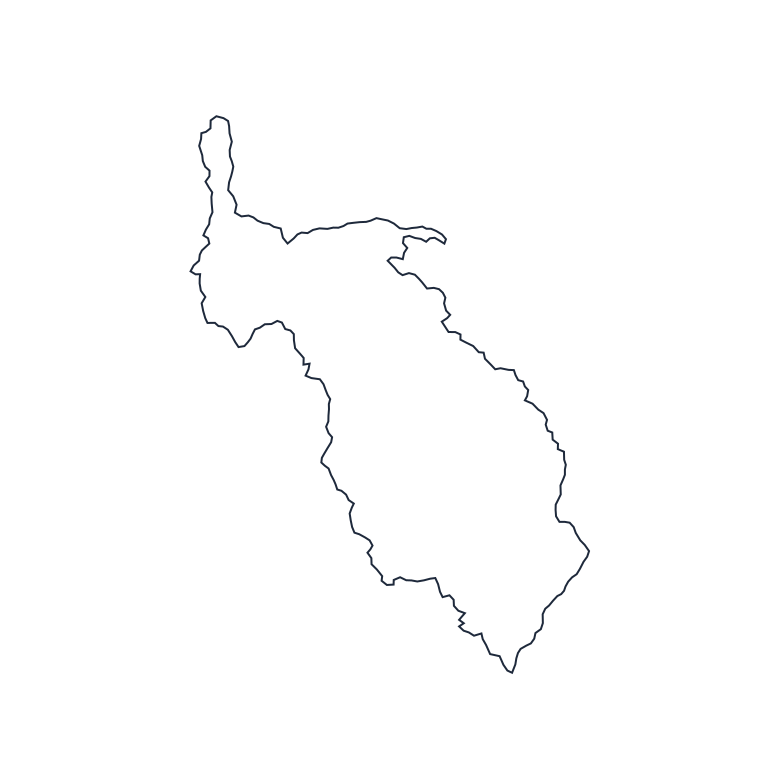 outline of São Pedro dos Ferros, Minas Gerais, Brazil, rotated 152°
{"feature_id": "56859067B15771280139619", "entity_name": "São Pedro dos Ferros", "entity_type": "district", "adm_level": 2, "iso_a3": "BRA", "parent_name": "Brazil", "parent_adm1": "Minas Gerais", "projection": "robinson", "projection_center": [-42.566, -20.074], "detail": "fine", "context": "isolated", "style": "outline", "palette": "slate", "viewbox_px": 768, "rotation_deg": 152, "n_neighbors": 0, "source": "geoboundaries", "source_scale": "gbopen_adm2", "svg_char_len": 3859}
<svg xmlns="http://www.w3.org/2000/svg" viewBox="0 0 768 768"><g transform="rotate(152 384 384)"><path d="M485.9,584.7L489.4,579.7L496.4,578.0L501.9,574.3L498.9,569.3L494.8,567.3L497.3,563.5L499.6,559.3L501.9,552.4L500.9,544.7L507.1,540.9L509.4,533.3L510.9,526.1L511.2,520.8L504.6,517.4L503.0,512.9L499.2,510.3L496.4,505.2L495.8,497.7L495.7,490.9L495.1,484.9L489.4,483.0L484.6,484.8L480.5,486.7L476.6,489.8L472.3,492.8L467.2,492.0L461.2,492.7L455.2,489.8L448.6,489.8L445.3,486.2L445.4,478.9L441.5,475.2L440.2,470.4L443.0,464.9L445.7,457.3L443.9,450.0L442.7,444.7L446.0,438.9L440.2,436.9L443.8,432.4L449.3,428.2L445.3,423.3L438.4,418.3L437.5,412.2L438.4,405.7L438.9,400.9L438.6,395.9L442.1,392.2L444.4,387.6L447.9,382.1L450.7,377.1L455.2,373.4L456.0,366.6L454.8,361.4L458.0,357.4L464.3,353.7L469.4,350.6L473.5,348.0L476.2,344.1L474.6,339.6L472.6,335.4L473.5,328.4L473.5,322.8L473.9,318.0L474.8,312.8L471.7,309.7L469.4,304.1L469.7,298.1L466.8,292.6L470.5,289.9L475.1,285.8L477.4,279.2L479.3,272.7L479.9,266.6L476.4,263.0L472.8,257.5L470.1,252.7L470.0,246.7L473.7,244.4L477.8,242.8L476.9,236.2L479.6,230.7L477.4,223.6L475.8,215.2L478.5,211.4L475.8,205.2L469.7,202.4L467.4,206.4L460.5,205.8L456.5,200.3L452.0,197.7L447.3,194.0L440.9,191.9L434.6,190.4L429.8,188.6L430.2,181.9L432.1,174.2L432.3,168.3L425.4,166.7L423.8,160.8L426.4,155.3L424.8,148.9L420.2,143.7L424.4,142.1L428.4,140.5L425.9,135.3L431.5,134.7L429.5,128.8L425.7,124.8L422.7,119.5L415.1,118.0L416.6,112.4L416.4,105.6L417.1,95.7L409.7,89.4L410.4,80.0L409.6,73.1L406.5,68.9L399.7,74.7L395.9,79.7L392.0,83.6L387.7,86.0L381.1,86.2L376.1,86.0L370.9,88.6L367.2,93.0L360.6,93.9L356.0,98.3L352.0,106.2L347.1,109.9L342.3,110.9L336.5,113.3L330.5,115.4L326.2,115.3L322.1,116.9L318.8,120.0L314.2,123.0L308.7,125.0L303.2,125.6L297.8,128.8L291.2,133.4L285.7,136.1L281.4,140.2L282.3,147.6L284.1,153.8L284.6,162.5L283.7,168.6L285.2,174.4L289.1,177.4L293.8,179.9L294.2,186.4L291.6,192.3L289.0,196.9L284.6,200.0L279.8,203.5L275.8,211.6L270.5,215.8L266.9,218.9L264.4,223.6L261.4,227.3L260.5,232.5L256.9,239.7L261.1,244.9L258.4,249.6L261.2,255.7L258.2,262.2L261.4,265.9L260.3,272.2L256.9,275.8L256.8,283.4L259.8,288.9L262.1,296.9L267.3,303.4L263.4,306.0L259.5,311.0L260.8,315.7L260.0,320.9L263.7,324.4L263.7,330.1L262.8,335.3L267.4,338.0L273.7,343.2L278.9,344.8L280.6,351.0L283.0,358.9L281.3,364.9L285.4,367.6L287.4,375.6L292.1,382.1L295.7,387.3L293.2,391.8L296.7,396.4L302.6,399.6L303.7,411.9L297.3,412.5L293.1,414.0L294.7,419.6L293.1,427.0L289.3,431.4L289.2,436.9L290.9,441.9L294.9,445.5L301.2,448.1L302.6,455.8L303.8,460.7L305.4,466.0L309.9,470.2L316.5,471.4L319.0,475.9L320.1,481.7L322.9,491.1L318.3,492.3L313.6,489.8L308.8,485.4L304.7,490.4L299.6,493.2L301.1,499.5L297.6,504.3L292.1,502.9L288.0,498.3L283.3,494.8L280.0,489.8L275.1,491.1L270.6,489.3L268.0,485.1L264.8,479.6L261.3,482.8L262.6,488.8L266.0,494.5L269.6,499.0L273.7,501.2L276.2,505.0L281.5,506.7L286.3,508.7L291.5,510.3L297.0,514.2L299.9,521.0L303.8,526.5L309.0,530.8L312.8,534.0L319.2,534.5L323.6,535.5L329.4,538.3L335.4,540.7L340.9,542.8L345.6,542.5L350.9,543.4L355.4,545.9L361.1,547.5L367.9,551.7L374.4,553.4L380.6,553.1L385.7,556.4L390.2,556.7L395.4,554.9L403.2,553.3L404.6,560.6L402.2,569.8L407.5,574.5L410.2,579.2L415.0,582.7L419.0,587.6L421.1,592.4L424.5,596.3L431.2,598.9L435.2,605.3L430.0,611.5L429.0,620.5L430.6,628.3L426.1,634.8L421.6,639.1L418.2,642.8L415.0,646.7L413.8,652.2L413.2,657.2L410.4,663.1L404.6,669.4L402.7,677.8L399.7,684.4L398.2,689.4L400.9,694.1L406.3,699.1L413.3,698.1L417.2,691.2L422.9,690.2L427.5,691.2L430.5,686.2L435.4,681.0L437.1,671.3L439.3,665.9L439.9,659.7L437.9,654.3L440.5,649.5L446.6,646.5L446.3,639.5L445.7,633.8L448.6,630.2L451.5,624.1L454.8,616.2L460.1,612.0L463.4,607.1L468.8,603.9L473.7,600.0L470.9,595.3L472.3,590.0L477.3,588.7L482.1,587.4L485.9,584.7Z" fill="none" stroke="#1e293b" stroke-width="2"/></g></svg>